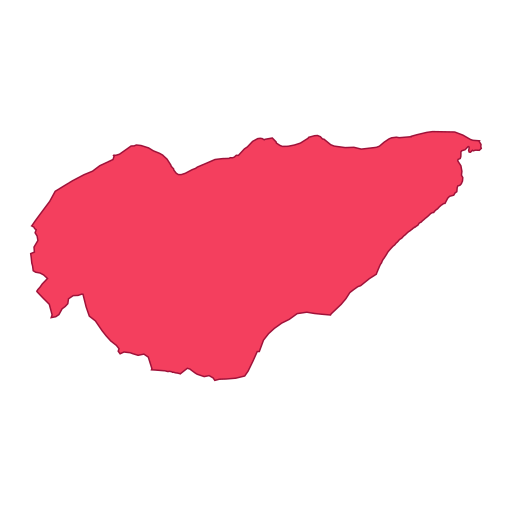 the district of Mali, Mali, Guinea
{"feature_id": "49546643B49159513129654", "entity_name": "Mali", "entity_type": "district", "adm_level": 2, "iso_a3": "GIN", "parent_name": "Guinea", "parent_adm1": "Mali", "projection": "albers", "projection_center": [-12.025, 12.05], "detail": "fine", "context": "isolated", "style": "filled", "palette": "rose", "viewbox_px": 512, "rotation_deg": 0, "n_neighbors": 0, "source": "geoboundaries", "source_scale": "gbopen_adm2", "svg_char_len": 3992}
<svg xmlns="http://www.w3.org/2000/svg" viewBox="0 0 512 512"><path d="M51.2,317.6L55.8,316.7L58.9,314.6L62.1,308.8L65.2,306.5L67.8,303.7L68.5,298.8L73.2,295.6L78.1,295.4L81.8,294.1L83.0,294.3L86.1,306.8L89.3,316.1L95.4,320.9L102.1,330.7L106.2,335.9L110.8,341.0L116.3,345.3L119.0,348.7L118.2,351.2L120.1,353.8L124.0,352.0L127.2,352.4L130.1,352.7L132.8,353.7L138.1,355.3L143.9,354.1L148.3,357.1L151.9,368.6L151.5,369.8L155.0,370.0L163.5,370.7L164.4,370.7L165.4,370.9L166.5,371.2L167.5,371.5L168.5,371.5L169.4,371.3L170.4,371.5L171.6,371.7L172.5,372.3L173.5,372.2L174.4,372.5L175.5,372.8L176.4,373.0L177.0,372.9L177.9,373.2L179.7,373.6L180.2,373.9L187.3,368.3L189.8,369.0L195.0,372.9L197.1,374.2L204.2,376.6L209.1,375.6L213.1,377.9L214.8,380.4L219.4,379.2L226.0,379.0L235.7,378.2L244.7,376.0L248.1,371.1L253.0,361.0L257.2,351.6L259.3,351.5L263.5,340.1L268.6,333.6L274.3,328.4L281.7,323.1L289.2,319.4L297.2,313.6L306.8,312.2L314.6,313.5L322.5,314.3L330.5,315.0L331.1,313.9L341.1,304.4L345.9,298.7L349.8,292.6L353.8,289.5L357.9,286.6L360.6,285.7L369.4,278.6L376.3,274.2L376.8,272.7L377.4,271.4L378.0,269.8L378.6,268.5L379.2,267.0L379.9,265.4L380.7,263.9L381.5,262.9L382.2,261.0L383.1,259.4L384.1,258.1L384.8,257.0L385.6,255.8L386.8,253.9L387.6,252.4L389.1,250.5L390.6,248.8L391.9,247.4L393.0,246.2L394.7,244.9L396.1,243.1L397.2,242.2L398.4,240.9L399.5,239.5L400.7,238.8L401.9,238.0L403.0,236.7L404.1,235.6L404.8,235.1L405.5,234.6L406.2,233.8L407.5,232.6L408.3,231.9L409.3,231.2L410.0,230.8L411.0,230.0L411.7,229.4L412.4,229.0L412.8,228.4L413.8,227.9L414.5,227.1L415.0,227.2L415.9,226.5L416.5,226.0L417.2,225.6L417.7,225.4L418.3,224.5L419.1,223.2L420.6,222.3L421.2,222.1L422.4,220.8L423.4,220.0L424.0,219.5L425.4,218.2L426.4,217.5L427.8,216.3L428.4,215.8L428.8,215.4L430.5,213.7L431.6,213.0L432.6,212.6L433.7,212.5L434.6,211.2L435.4,210.5L436.4,209.5L437.4,209.0L438.2,208.1L438.8,207.4L439.6,206.6L440.2,206.1L440.7,205.7L441.1,205.2L442.2,204.6L442.8,204.1L443.8,203.5L445.0,203.4L445.4,202.6L447.7,198.2L449.6,196.3L453.7,195.2L455.1,192.9L456.8,191.7L457.2,187.6L457.8,185.9L459.9,185.3L461.3,183.8L462.5,181.0L462.8,177.6L461.5,175.3L461.6,173.9L461.9,171.3L460.9,165.8L457.7,160.8L458.1,159.4L460.2,158.5L460.8,156.7L460.9,154.4L460.9,151.9L461.7,150.8L463.2,150.3L465.1,149.7L468.1,146.6L468.8,146.6L469.2,147.9L468.6,150.5L469.2,152.1L470.5,152.2L472.4,150.3L473.3,150.8L475.3,150.2L476.7,150.2L479.3,150.3L481.3,148.4L480.8,146.8L481.0,144.4L479.2,141.5L479.5,140.8L472.9,140.3L470.5,139.5L462.9,135.1L454.7,132.0L449.0,131.9L432.5,131.6L426.7,132.4L417.0,134.7L411.2,136.3L411.2,136.7L410.1,136.8L399.2,137.7L396.4,137.2L391.6,137.8L389.0,138.9L384.1,142.2L379.4,146.2L376.5,147.3L373.4,147.7L361.3,149.1L353.9,147.3L345.2,147.6L334.2,146.1L330.7,144.7L324.0,139.2L322.5,139.0L320.4,136.7L317.5,135.5L314.6,135.7L308.7,137.3L308.0,138.3L300.4,143.1L299.8,143.3L294.5,145.0L288.0,146.3L282.4,146.4L279.9,145.4L276.4,143.1L276.1,141.9L272.3,138.0L265.0,139.3L264.2,139.8L262.2,138.6L260.2,138.3L257.7,138.6L252.6,141.4L247.4,146.9L244.4,148.9L238.4,155.4L236.3,155.3L234.3,157.1L233.3,157.5L232.5,157.8L230.2,157.7L229.1,158.4L222.5,158.6L215.0,159.5L197.3,167.1L195.5,168.4L193.1,169.3L191.9,169.8L185.3,173.3L181.3,174.6L178.4,174.6L176.3,173.3L173.8,170.1L173.6,168.9L171.2,166.3L170.9,165.2L167.0,159.1L163.8,156.2L162.7,155.1L159.5,153.3L153.3,150.8L148.6,147.9L141.0,145.5L136.3,145.0L134.1,145.9L131.3,146.0L131.1,146.0L127.6,148.5L119.5,154.2L115.8,155.3L113.8,155.2L113.5,155.5L114.1,156.2L113.0,159.5L99.8,165.7L92.5,171.2L84.0,174.7L72.6,180.7L64.5,185.6L55.2,191.3L49.7,201.4L44.0,209.0L38.8,216.0L35.2,220.9L31.9,225.7L31.7,225.9L34.0,227.2L34.6,228.6L36.2,229.7L35.1,232.8L37.1,236.0L37.9,240.5L34.0,247.1L34.4,252.1L30.7,253.6L31.2,257.3L31.8,263.1L32.6,266.0L33.2,270.7L35.6,272.2L40.0,273.0L43.6,274.9L47.5,278.5L42.3,283.9L40.0,287.2L38.0,289.4L36.8,291.2L37.2,291.9L43.4,298.4L49.3,304.3L52.1,314.9L51.2,317.6Z" fill="#f43f5e" stroke="#9f1239" stroke-width="1.5"/></svg>